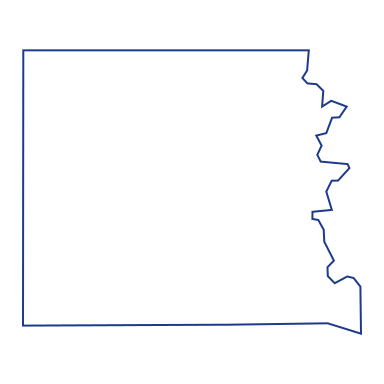 outline of Llano, Texas, United States of America
{"feature_id": "52423323B33925670758301", "entity_name": "Llano", "entity_type": "district", "adm_level": 2, "iso_a3": "USA", "parent_name": "United States of America", "parent_adm1": "Texas", "projection": "robinson", "projection_center": [-98.441, 30.704], "detail": "fine", "context": "isolated", "style": "outline", "palette": "blue", "viewbox_px": 384, "rotation_deg": 0, "n_neighbors": 0, "source": "geoboundaries", "source_scale": "gbopen_adm2", "svg_char_len": 598}
<svg xmlns="http://www.w3.org/2000/svg" viewBox="0 0 384 384"><path d="M361.0,333.7L360.4,286.6L353.6,278.0L347.2,276.5L334.7,283.2L327.8,276.1L327.5,267.2L333.9,260.6L324.3,241.8L323.7,229.7L318.3,220.0L312.4,218.9L312.5,211.8L331.8,209.9L326.3,191.6L331.7,180.7L338.0,180.6L349.4,168.1L347.6,164.1L320.7,161.6L317.3,154.8L321.6,145.6L316.3,135.6L326.3,133.1L332.1,117.7L339.4,117.3L346.7,106.6L331.2,100.8L322.1,106.6L323.3,90.9L316.6,84.2L307.4,83.4L302.4,78.0L307.1,70.5L308.8,50.3L23.3,50.3L23.0,325.6L228.4,324.7L327.7,323.3L361.0,333.7Z" fill="none" stroke="#1e3a8a" stroke-width="2"/></svg>